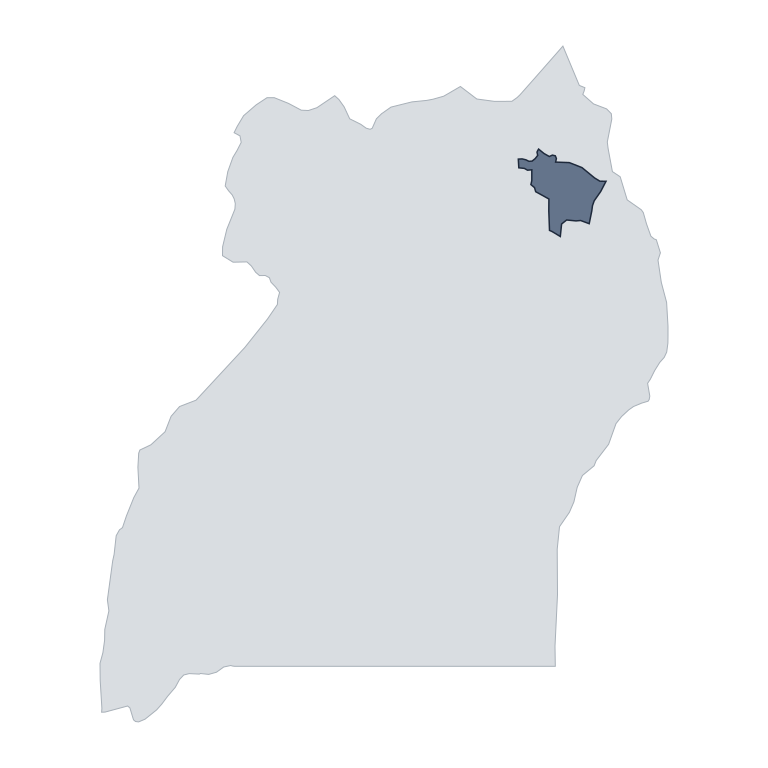 Kotido highlighted on a map of Uganda
{"feature_id": "UGA-3123", "entity_name": "Kotido", "entity_type": "County", "adm_level": 1, "iso_a3": "UGA", "parent_name": "Uganda", "parent_adm1": "", "projection": "robinson", "projection_center": [33.884, 2.985], "detail": "fine", "context": "in_parent", "style": "filled", "palette": "slate", "viewbox_px": 768, "rotation_deg": 0, "n_neighbors": 0, "source": "natural_earth", "source_scale": "10m", "svg_char_len": 2854}
<svg xmlns="http://www.w3.org/2000/svg" viewBox="0 0 768 768"><path d="M555.3,666.3L543.9,666.3L525.2,666.3L506.6,666.3L487.9,666.3L469.3,666.3L450.6,666.3L432.0,666.3L413.3,666.3L394.7,666.3L376.0,666.3L357.4,666.3L338.8,666.3L320.1,666.3L301.5,666.3L282.8,666.3L264.2,666.3L245.5,666.3L234.5,666.3L232.3,666.0L230.8,665.5L223.7,667.0L216.5,672.2L208.7,674.4L200.4,673.5L199.4,674.1L195.2,673.9L189.2,673.6L183.7,675.0L179.5,679.5L175.3,687.3L167.6,696.3L161.7,704.2L156.6,709.9L145.0,719.2L138.6,721.9L135.5,721.5L133.5,719.8L129.9,707.9L127.6,706.0L105.0,712.1L101.6,712.2L101.9,708.5L100.2,680.5L100.0,663.4L102.9,652.7L104.6,640.3L104.8,629.4L108.9,610.9L107.4,599.8L112.7,560.8L114.1,554.5L116.2,535.7L119.5,529.8L122.5,527.6L126.4,516.0L133.8,497.6L139.0,488.1L137.9,467.3L138.7,453.2L139.9,450.0L150.9,444.8L165.1,431.7L171.1,416.3L179.6,406.5L196.0,400.2L244.8,347.5L267.5,319.0L277.4,304.5L277.7,299.3L279.6,292.4L275.7,287.1L271.0,282.2L269.4,277.7L265.3,275.5L259.5,275.6L255.7,272.3L251.3,265.9L246.9,261.9L233.1,262.2L222.5,255.7L222.6,246.8L226.8,229.3L234.9,209.2L235.3,203.6L234.2,198.9L232.2,194.9L228.6,190.8L225.2,186.0L227.8,171.6L232.9,157.4L237.1,150.4L241.2,142.4L240.0,135.9L234.1,132.7L237.2,126.4L243.6,115.7L256.1,104.9L267.0,97.7L274.3,97.7L288.5,103.4L301.3,110.2L308.4,110.5L316.9,107.7L334.7,95.7L338.9,99.5L344.1,106.8L349.7,118.8L360.9,124.4L366.2,128.2L370.1,129.3L372.2,128.3L376.4,118.8L381.6,113.7L391.0,107.1L411.9,101.9L426.8,100.4L433.1,99.2L443.7,96.2L460.4,86.5L476.8,99.0L494.6,101.4L511.9,101.3L517.2,97.5L520.2,94.6L538.4,74.0L562.9,46.1L579.3,85.4L584.9,87.7L584.1,91.1L582.8,94.4L593.5,103.9L606.6,108.9L611.3,113.7L611.8,119.0L607.3,142.0L608.1,148.5L612.4,171.6L620.2,176.8L627.2,199.9L641.3,209.8L643.3,212.6L646.5,223.9L650.9,236.2L654.2,239.0L656.3,239.7L660.4,252.8L658.0,260.1L661.3,282.4L666.6,302.4L668.0,326.2L668.0,336.7L667.9,343.1L666.7,352.1L664.2,357.4L659.7,362.5L654.7,370.5L650.4,379.1L647.6,383.3L649.8,396.1L649.2,399.5L648.1,401.2L641.7,403.1L633.5,406.5L628.6,410.0L621.6,416.5L616.0,423.6L608.6,444.3L596.2,460.5L594.1,465.8L582.4,475.5L577.2,487.3L573.9,501.9L569.4,512.3L559.5,526.7L557.2,549.3L557.5,594.6L555.0,646.1L555.3,666.3Z" fill="#d9dde1" stroke="#a8b0b8" stroke-width="1"/><path d="M518.8,167.8L518.3,159.1L522.1,158.9L525.9,159.8L528.9,161.3L532.1,161.1L535.2,158.6L537.7,155.4L537.0,152.1L537.7,150.6L538.6,149.1L544.0,153.5L549.3,156.5L552.4,155.1L555.3,155.8L556.4,158.5L555.6,162.1L569.3,162.6L582.0,167.6L594.5,177.9L599.9,181.2L606.0,181.3L600.7,191.5L594.2,200.8L592.5,205.6L591.8,210.9L589.2,223.7L580.6,220.5L576.0,220.9L566.6,220.0L561.6,224.0L560.3,236.5L552.0,231.5L549.5,230.4L548.8,210.9L548.9,199.0L535.7,191.7L534.5,187.6L530.9,184.6L531.8,180.6L531.8,169.8L527.5,170.2L524.4,168.4L518.8,167.8Z" fill="#64748b" stroke="#1e293b" stroke-width="1.5"/></svg>